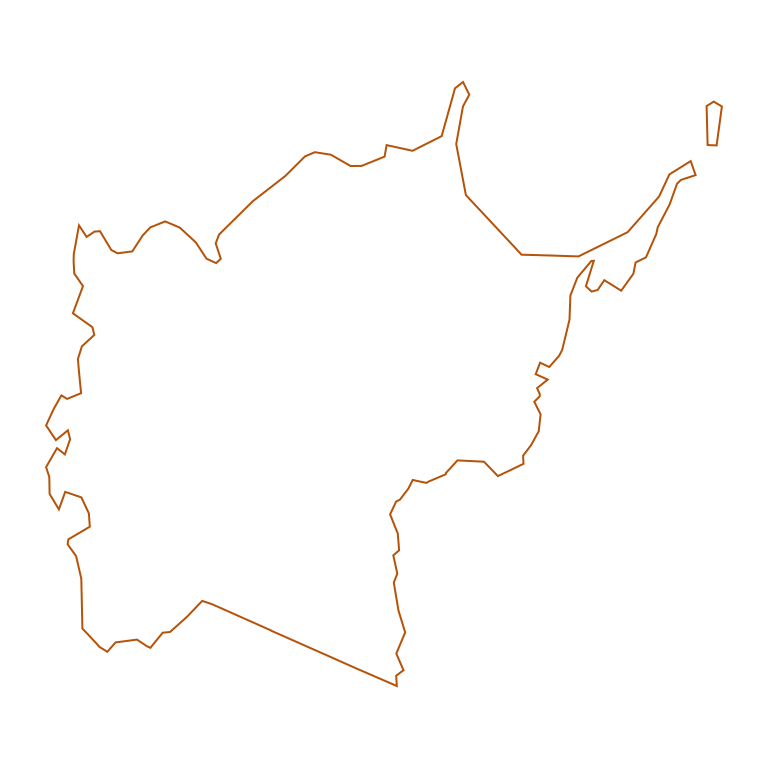 outline of Toa Baja, Puerto Rico
{"feature_id": "32010507B67187557196313", "entity_name": "Toa Baja", "entity_type": "district", "adm_level": 2, "iso_a3": "PRI", "parent_name": "Puerto Rico", "parent_adm1": "", "projection": "equal_earth", "projection_center": [-66.203, 18.432], "detail": "fine", "context": "isolated", "style": "outline", "palette": "amber", "viewbox_px": 768, "rotation_deg": 0, "n_neighbors": 0, "source": "geoboundaries", "source_scale": "gbopen_adm2", "svg_char_len": 2138}
<svg xmlns="http://www.w3.org/2000/svg" viewBox="0 0 768 768"><path d="M396.8,686.0L396.2,675.7L403.5,670.2L396.3,653.6L405.2,632.4L398.5,610.7L393.8,582.6L397.3,573.6L393.3,555.3L399.1,550.4L397.8,533.6L390.1,514.4L396.1,501.6L399.9,499.7L408.3,488.7L412.7,480.0L426.4,482.9L428.5,481.6L445.7,474.3L445.9,473.0L457.5,460.4L484.0,461.7L497.9,476.1L523.5,463.8L523.3,460.3L523.1,455.7L531.1,445.1L538.7,431.3L540.6,414.4L534.3,401.8L539.7,396.3L539.8,394.2L537.1,388.1L547.7,379.6L535.7,374.2L540.1,362.7L549.3,367.0L559.1,355.8L562.2,349.9L569.5,319.7L570.4,295.5L577.3,277.7L591.3,261.0L593.8,260.8L585.9,286.3L591.7,291.6L597.7,289.9L604.3,280.2L621.2,290.7L633.4,273.7L635.6,262.5L646.0,257.3L656.3,234.0L656.6,232.5L657.7,227.3L669.6,204.5L677.0,183.8L680.9,179.9L695.6,175.1L690.7,161.1L669.4,174.4L659.1,196.5L627.7,232.1L621.7,235.1L599.0,246.3L578.5,256.4L574.6,256.3L570.6,256.2L556.8,255.7L533.0,255.0L521.5,254.7L513.6,246.1L511.7,244.1L479.0,209.1L465.9,195.1L456.2,144.0L456.8,140.8L462.9,106.8L462.9,106.5L469.3,94.7L463.0,82.0L455.0,88.3L453.4,94.1L442.4,133.5L441.7,136.1L412.5,150.8L387.0,145.2L386.6,145.1L384.6,156.6L361.6,165.9L350.6,166.0L330.8,154.7L314.8,152.2L305.0,156.4L285.4,175.9L252.8,201.2L219.1,234.5L215.7,243.4L220.8,258.8L216.1,263.1L206.5,258.7L195.9,242.5L179.8,227.6L165.1,221.4L150.3,227.4L142.8,235.3L132.3,251.4L117.6,253.3L111.3,250.0L100.0,231.2L94.5,231.6L86.6,236.9L79.0,225.4L73.8,254.0L73.6,261.5L74.3,273.6L83.0,286.1L72.9,313.3L92.4,327.2L94.3,334.9L81.9,346.3L77.9,359.0L79.1,373.0L81.1,393.2L67.1,398.9L61.4,395.4L53.8,408.8L46.1,425.4L55.9,440.1L67.9,430.3L70.1,439.2L64.9,454.4L57.0,448.2L46.1,467.1L49.3,477.0L49.6,493.9L58.9,509.4L65.2,491.9L81.4,497.4L88.9,513.5L89.8,526.7L68.4,539.3L67.6,544.3L76.1,556.1L81.3,578.7L82.4,628.5L96.6,643.6L99.3,646.8L107.3,651.8L115.6,642.4L137.0,639.6L147.2,646.4L150.4,647.8L162.7,632.7L170.0,632.0L186.9,616.9L202.2,600.9L211.8,604.1L271.4,630.6L271.4,630.8L313.7,649.5L355.5,668.1L396.8,686.0ZM706.9,105.9L706.6,106.1L707.6,145.0L708.8,145.1L716.6,145.4L721.9,106.5L713.7,101.6L706.9,105.9Z" fill="none" stroke="#b45309" stroke-width="2"/></svg>